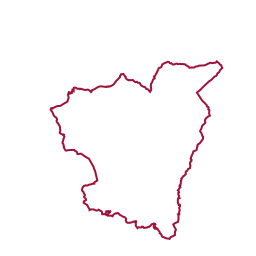 Jitia, Vrancea, Romania, rotated 19°
{"feature_id": "2599482B15858955019342", "entity_name": "Jitia", "entity_type": "district", "adm_level": 2, "iso_a3": "ROU", "parent_name": "Romania", "parent_adm1": "Vrancea", "projection": "mercator", "projection_center": [26.761, 45.59], "detail": "fine", "context": "isolated", "style": "outline", "palette": "rose", "viewbox_px": 256, "rotation_deg": 19, "n_neighbors": 0, "source": "geoboundaries", "source_scale": "gbopen_adm2", "svg_char_len": 5900}
<svg xmlns="http://www.w3.org/2000/svg" viewBox="0 0 256 256"><g transform="rotate(19 128 128)"><path d="M203.4,219.3L203.8,217.4L207.2,214.1L207.2,213.7L207.0,213.4L206.1,210.7L206.4,209.6L206.4,208.6L205.6,207.6L204.0,206.4L202.2,204.4L203.6,202.5L205.9,200.4L205.2,196.9L204.7,195.9L204.1,194.0L203.5,193.4L204.6,192.9L204.4,192.3L204.1,192.3L203.8,191.8L203.6,188.6L202.3,186.9L202.7,184.9L202.1,183.8L201.0,184.3L200.9,184.2L201.0,183.7L199.8,182.8L199.3,182.1L199.0,181.0L198.5,179.8L198.5,178.6L198.3,178.3L198.4,177.9L199.0,177.8L199.4,177.5L198.8,177.3L198.7,176.5L198.3,175.3L197.6,174.9L197.2,174.5L196.7,173.1L197.1,172.7L197.3,172.3L196.3,171.0L195.4,170.7L195.5,170.4L196.1,169.6L196.1,168.6L196.8,167.0L195.9,166.6L196.2,165.6L195.6,165.4L196.1,163.7L195.5,161.7L195.5,160.9L195.2,160.5L195.4,159.3L194.8,158.5L195.6,157.0L195.8,155.7L196.5,155.1L197.7,152.7L197.0,151.5L197.0,150.0L197.6,149.5L198.0,149.0L198.1,147.3L199.7,145.7L199.4,144.2L199.4,143.4L198.4,142.2L198.4,141.7L198.0,140.7L198.0,139.9L198.6,138.9L198.4,138.6L198.6,137.6L197.8,137.3L197.2,136.7L197.4,136.1L197.1,135.0L197.6,130.1L197.4,128.8L199.6,127.0L199.9,126.5L200.0,126.1L199.5,123.6L199.8,122.8L199.3,122.0L199.2,121.7L199.6,120.6L200.8,119.1L201.1,118.1L201.5,117.3L201.8,116.0L202.3,114.7L202.4,113.9L202.0,112.0L200.8,111.2L199.3,109.1L197.3,107.7L197.2,106.5L197.6,104.7L197.4,101.7L199.3,98.3L199.3,97.6L198.3,95.9L198.2,95.3L198.5,93.6L200.0,91.1L201.4,89.7L200.0,87.9L199.0,84.5L197.8,84.2L197.6,82.4L197.3,82.1L195.9,82.0L195.6,81.7L194.9,80.7L191.6,79.0L190.3,78.5L188.9,77.7L181.6,72.0L184.2,68.0L185.1,65.9L189.4,57.6L191.5,54.8L192.0,53.4L193.2,51.1L194.4,50.0L194.7,49.3L194.8,47.2L195.1,46.7L195.9,45.9L196.2,43.3L197.6,40.6L197.3,40.5L195.7,38.3L194.9,38.2L193.9,37.9L193.1,37.2L190.3,36.1L189.7,37.6L186.2,39.4L184.8,39.4L184.0,39.8L183.5,40.7L182.4,41.3L182.1,42.0L179.9,43.9L175.2,45.8L174.4,46.3L174.0,46.9L172.1,47.8L170.8,49.3L167.9,50.3L166.7,51.0L166.2,51.0L165.6,50.4L163.8,49.9L162.1,49.7L161.1,49.2L160.0,49.6L159.0,49.6L157.3,50.4L156.1,50.5L154.3,51.4L153.5,51.2L152.8,51.4L151.2,52.6L149.9,53.4L149.4,53.3L147.9,52.6L147.2,53.1L146.3,53.0L145.1,52.2L144.0,52.5L140.9,55.3L139.7,56.8L139.7,59.5L139.1,60.2L137.7,61.2L137.4,61.9L137.7,63.2L137.2,64.8L137.3,65.9L136.8,67.9L136.7,69.5L136.6,70.0L135.7,70.9L135.9,71.3L137.1,72.2L135.9,74.1L135.9,77.1L135.6,78.0L135.4,79.1L136.1,81.3L137.4,83.8L137.4,85.0L137.1,86.5L136.7,86.2L136.3,86.3L136.0,85.8L134.6,85.0L132.5,85.1L132.1,84.9L131.2,83.9L128.4,83.9L126.5,83.5L125.9,83.2L125.1,82.0L124.6,81.7L123.8,81.7L122.4,82.0L121.3,81.4L120.3,82.2L120.0,82.2L118.2,81.7L116.9,81.0L115.2,81.9L113.9,82.1L113.4,82.6L112.6,82.4L112.0,82.6L110.8,82.2L109.3,81.3L109.2,81.0L109.2,80.5L108.9,80.2L107.9,79.8L106.1,78.4L105.1,78.9L104.7,79.3L104.0,79.4L104.0,79.9L103.5,81.4L103.9,82.5L103.6,83.2L103.1,83.9L102.5,85.7L101.6,86.9L101.2,88.8L100.7,89.8L100.6,90.6L99.6,92.4L97.2,94.8L95.9,95.0L95.7,95.5L94.8,95.5L94.6,95.7L94.4,96.2L88.9,97.4L86.9,98.4L83.3,102.6L81.7,103.9L81.8,104.5L81.5,105.3L81.6,105.8L81.3,106.1L80.4,105.4L80.1,105.5L78.3,104.7L77.1,104.9L75.4,106.0L71.4,106.3L70.7,106.2L69.8,107.0L69.2,106.7L67.2,107.4L66.2,107.0L64.4,107.1L63.7,107.7L63.6,107.9L64.6,110.6L63.0,110.1L63.1,112.1L63.8,112.9L62.1,114.3L61.6,113.3L60.3,113.4L60.5,114.5L60.4,116.1L62.0,118.5L62.1,122.9L58.9,126.5L56.9,129.1L54.3,130.1L52.5,131.6L51.8,132.5L50.5,133.4L50.7,133.6L50.5,134.1L49.7,134.0L48.9,134.3L49.0,134.9L48.8,135.7L49.1,136.2L51.2,137.4L53.1,139.7L54.9,141.1L56.3,141.3L57.7,142.3L58.2,143.3L58.1,143.5L58.2,144.6L58.5,145.2L59.4,146.0L60.6,146.4L61.1,147.2L62.5,148.1L63.7,149.9L64.0,150.9L64.9,152.5L65.1,154.9L66.7,155.4L68.2,155.4L68.7,155.7L69.1,155.6L69.3,155.1L69.6,155.1L69.6,156.1L70.6,156.6L70.6,156.9L70.6,160.2L70.9,161.3L70.7,162.3L70.8,163.1L71.2,163.8L71.7,163.9L72.6,164.9L73.0,166.0L73.8,166.7L73.8,167.4L75.7,169.2L76.5,169.6L77.0,169.5L78.9,168.3L84.3,166.2L85.6,167.0L86.1,166.9L87.4,167.3L88.6,169.0L89.5,168.9L90.2,168.3L91.5,167.7L93.9,168.0L96.1,168.8L98.1,169.2L100.4,169.7L100.9,169.6L108.1,176.0L109.4,177.9L110.8,179.2L116.1,187.7L114.2,189.9L114.1,190.5L113.7,191.0L114.2,191.6L112.4,192.4L111.1,193.6L110.2,193.8L108.3,195.6L106.3,196.2L105.6,196.9L105.0,197.2L104.8,198.3L104.4,199.5L104.6,201.3L104.9,202.1L106.9,203.1L107.4,204.1L108.2,204.5L109.1,205.5L109.2,205.9L108.8,207.0L108.9,207.4L109.3,207.8L111.1,208.6L111.5,209.1L111.7,210.0L110.3,211.4L110.1,212.3L110.5,213.2L114.5,214.1L116.6,216.2L118.1,217.3L118.4,218.1L119.4,217.1L121.8,216.2L124.8,216.4L126.2,215.7L127.0,214.7L129.0,215.4L129.9,215.3L131.0,216.2L131.6,217.9L132.4,217.7L133.9,217.0L135.5,217.2L134.9,216.6L134.6,215.7L134.6,213.8L135.0,213.7L135.3,213.9L135.8,213.7L136.1,213.4L136.1,213.1L136.4,213.0L136.7,213.5L136.9,213.1L137.4,213.1L138.2,212.4L138.4,212.5L138.5,213.0L138.4,213.6L137.6,214.7L137.1,215.1L136.8,217.0L136.9,217.3L137.2,217.3L138.1,216.9L138.6,217.1L140.8,216.3L142.1,216.5L142.2,216.3L142.2,215.5L142.9,213.9L143.9,212.9L145.1,212.5L145.3,212.0L145.9,211.7L146.9,211.9L149.1,213.0L150.0,212.9L151.9,213.5L153.8,213.4L154.9,213.8L155.6,214.4L156.0,215.1L156.0,216.1L156.8,216.9L156.9,217.4L158.1,217.8L161.0,216.9L163.0,215.3L163.4,214.8L164.5,214.7L164.8,214.1L165.4,213.6L165.9,213.5L166.2,213.8L166.3,215.5L167.4,218.1L169.5,219.5L169.6,219.1L170.5,218.4L172.8,217.8L173.2,217.4L173.5,216.5L174.6,216.5L175.6,217.3L178.2,216.0L179.5,214.8L180.2,214.6L181.2,212.7L181.7,211.4L183.7,209.8L184.5,209.8L185.3,210.2L185.2,210.6L184.5,211.1L184.3,212.2L184.4,213.0L184.8,213.2L185.0,213.7L185.5,214.0L186.2,212.9L186.7,213.5L186.8,214.1L187.2,213.8L187.3,213.3L187.6,213.3L188.0,214.1L189.1,214.0L190.1,214.9L191.5,215.7L192.0,216.4L192.3,217.2L193.1,217.2L194.4,218.1L195.0,219.0L196.1,219.7L198.2,219.6L198.9,219.9L201.1,219.7L202.7,219.3L203.4,219.3Z" fill="none" stroke="#9f1239" stroke-width="2"/></g></svg>